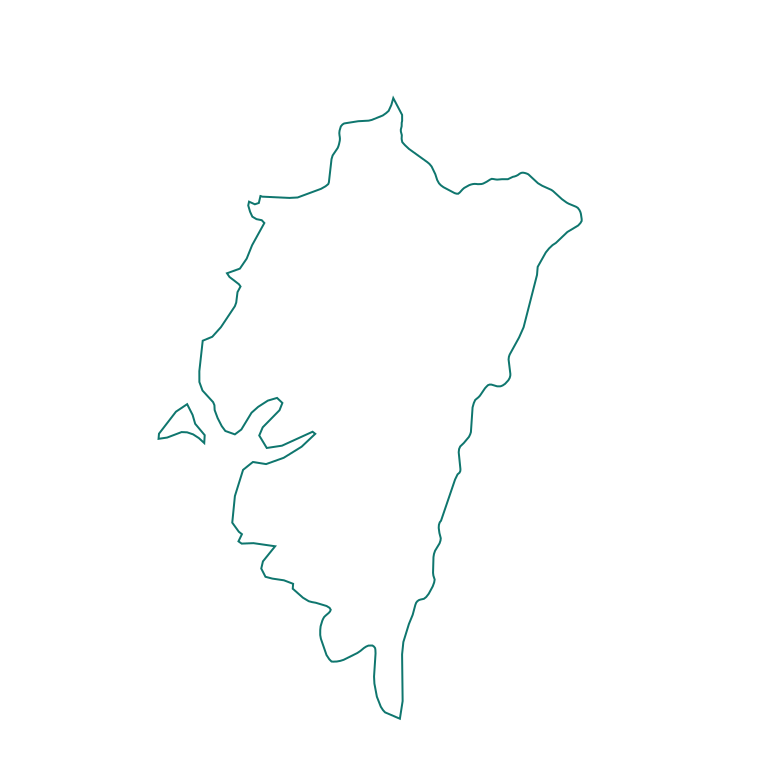 an SVG outline of Trang, rotated 38°
{"feature_id": "THA-387", "entity_name": "Trang", "entity_type": "Province", "adm_level": 1, "iso_a3": "THA", "parent_name": "Thailand", "parent_adm1": "", "projection": "mercator", "projection_center": [99.627, 7.524], "detail": "fine", "context": "isolated", "style": "outline", "palette": "teal", "viewbox_px": 768, "rotation_deg": 38, "n_neighbors": 0, "source": "natural_earth", "source_scale": "10m", "svg_char_len": 3682}
<svg xmlns="http://www.w3.org/2000/svg" viewBox="0 0 768 768"><g transform="rotate(38 384 384)"><path d="M438.1,601.5L435.4,597.4L426.0,600.3L415.8,606.1L409.3,608.9L400.9,605.0L397.8,598.3L398.1,578.9L379.1,589.8L370.1,597.4L366.2,597.6L364.5,589.8L360.5,589.8L349.8,586.7L335.5,564.1L325.8,538.4L328.7,526.2L340.4,519.7L350.4,503.9L357.7,484.1L360.5,465.6L357.1,465.6L341.6,495.4L331.0,506.6L317.4,501.4L315.1,492.8L317.8,469.0L315.6,461.5L308.3,460.8L302.7,468.6L298.9,479.5L297.3,488.2L299.6,507.7L297.5,515.5L287.9,518.7L282.1,517.1L273.9,513.3L266.6,508.8L263.4,505.1L260.5,503.5L245.0,500.9L237.3,496.1L230.6,487.6L214.5,461.5L219.6,452.5L220.5,439.6L218.6,414.5L217.4,410.8L212.0,401.8L210.9,395.5L208.3,394.7L196.4,394.8L192.1,393.4L199.4,381.8L198.6,369.7L194.6,355.8L190.6,330.8L186.8,330.2L182.0,332.6L177.2,333.2L172.4,330.7L167.1,326.9L165.4,323.4L171.6,321.9L173.9,318.4L170.9,311.9L171.1,311.8L172.6,311.4L194.9,295.6L201.1,290.2L214.2,269.0L216.2,264.2L217.0,260.8L216.4,259.0L204.2,239.1L202.8,235.5L202.2,226.5L201.6,224.5L200.9,222.7L199.3,219.4L198.3,217.9L197.1,216.6L195.9,215.5L194.3,213.8L193.0,211.7L191.4,207.6L191.5,205.1L192.2,203.2L201.9,192.8L209.8,185.9L211.8,183.4L217.7,173.2L218.9,169.2L219.5,165.9L218.0,159.6L215.3,153.0L232.6,160.8L236.3,165.5L237.1,167.2L239.2,170.0L240.7,173.3L241.9,174.7L244.8,176.9L246.9,179.9L248.2,181.1L249.6,182.2L253.5,182.9L259.1,183.4L281.6,182.5L284.3,182.6L287.6,183.3L295.3,187.1L300.3,190.5L303.8,192.0L306.5,192.4L309.7,192.3L322.1,190.1L323.9,189.4L325.3,188.4L325.8,186.4L326.1,182.2L326.5,180.1L328.7,174.9L329.7,173.3L330.9,171.8L332.1,170.6L333.5,169.6L335.0,168.7L337.7,166.4L338.8,164.9L340.4,161.4L341.7,157.7L342.6,156.0L344.1,155.1L345.8,154.2L347.3,153.3L351.2,149.7L355.5,146.4L358.0,141.4L359.1,140.1L360.1,138.5L360.9,136.7L361.4,134.8L362.2,133.1L363.4,131.9L365.1,131.0L366.9,130.3L368.7,129.9L381.7,131.0L386.6,130.4L396.4,128.0L398.6,127.9L410.4,128.8L416.2,128.6L418.6,128.2L426.2,126.1L428.3,125.9L430.9,126.6L432.9,127.6L434.4,128.7L438.3,132.4L439.4,133.9L439.7,136.4L439.4,139.6L434.9,151.3L432.6,167.0L431.3,170.8L430.6,175.5L430.5,180.7L433.0,197.1L437.4,203.8L459.1,253.4L461.8,264.2L464.9,283.4L465.7,285.7L467.1,288.0L477.4,298.3L478.4,299.7L479.3,301.8L479.7,304.5L479.3,309.3L478.4,312.1L477.3,314.0L475.9,315.2L474.5,316.2L469.1,318.3L467.7,319.3L466.7,320.8L466.4,322.8L466.2,325.1L466.8,334.2L466.6,336.3L465.7,340.4L466.5,343.7L468.2,347.9L482.1,368.4L482.9,370.6L483.5,373.4L483.2,381.5L482.5,386.3L483.2,389.0L484.9,391.8L496.7,404.1L497.7,405.6L498.1,407.4L497.6,409.9L498.8,415.5L513.1,456.6L513.1,458.7L514.0,461.2L515.7,463.7L519.4,467.3L523.7,470.6L524.9,472.6L525.9,475.4L526.9,483.9L528.0,487.1L529.6,490.0L538.9,502.6L540.9,504.6L544.3,506.9L545.7,509.5L547.0,513.5L548.4,521.8L548.4,525.9L547.7,528.7L545.4,531.5L544.5,532.9L544.0,534.7L544.0,536.5L544.7,538.8L548.7,548.2L551.4,557.8L558.1,575.4L564.7,585.9L593.9,622.4L602.6,638.0L587.0,642.1L584.0,641.6L580.2,640.3L570.9,634.8L560.9,626.0L556.3,620.7L543.2,601.5L540.9,598.8L539.6,597.6L537.8,597.1L535.9,597.2L532.8,599.7L531.6,601.9L530.7,604.5L529.8,608.7L528.6,612.4L522.0,626.2L520.0,629.1L517.7,631.7L515.0,634.0L513.5,635.0L510.4,634.6L505.6,633.0L491.1,623.6L488.3,621.1L485.2,617.1L483.2,613.9L481.1,608.5L480.6,606.5L480.3,604.5L480.6,602.3L481.4,598.4L481.5,596.4L481.0,594.7L478.9,593.9L475.4,594.3L464.9,598.4L461.5,600.2L458.4,601.5L451.7,602.3L438.3,601.5L438.1,601.5ZM252.2,526.2L259.7,531.6L274.2,534.7L278.7,541.2L271.4,540.6L264.6,541.2L258.6,543.3L254.1,546.5L246.1,559.7L240.1,566.0L237.3,561.7L237.1,533.9L241.3,521.1L252.2,526.2Z" fill="none" stroke="#0f766e" stroke-width="2"/></g></svg>